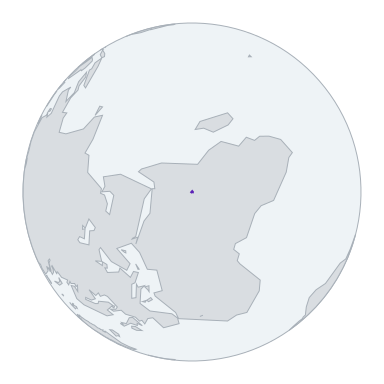 globe centered on Agago, rotated 229°
{"feature_id": "UGA-5608", "entity_name": "Agago", "entity_type": "District", "adm_level": 1, "iso_a3": "UGA", "parent_name": "Uganda", "parent_adm1": "", "projection": "orthographic", "projection_center": [33.347, 2.944], "detail": "fine", "context": "on_globe", "style": "filled", "palette": "violet", "viewbox_px": 384, "rotation_deg": 229, "n_neighbors": 0, "source": "natural_earth", "source_scale": "10m", "svg_char_len": 6814}
<svg xmlns="http://www.w3.org/2000/svg" viewBox="0 0 384 384"><g transform="rotate(229 192 192)"><circle cx="192" cy="192" r="169" fill="#eef3f6" stroke="#a8b0b8"/><path d="M97.8,51.8L91.0,56.8L88.3,58.9L84.1,62.0L84.2,61.9L97.8,51.8ZM23.9,174.6L24.2,180.4L24.3,187.9L24.0,192.2L24.7,193.9L24.8,196.9L30.3,202.9L35.4,211.2L36.8,221.5L35.4,232.7L41.1,257.2L40.6,264.2L45.1,274.0L52.8,287.7L52.5,287.4L46.2,277.4L40.5,266.9L35.7,256.1L31.5,244.9L28.2,233.5L25.7,221.9L24.0,210.1L23.2,198.3L23.1,186.4L23.9,174.6ZM325.7,88.8L324.9,87.7L322.2,84.3L323.4,86.3L319.6,81.6L322.4,86.0L325.7,89.9L326.1,89.5L330.2,96.0L335.7,103.5L340.8,112.4L346.5,127.7L345.5,132.2L346.4,135.2L343.7,131.6L343.7,137.4L351.5,154.9L352.5,160.0L350.7,169.4L350.0,165.6L343.0,156.2L344.2,168.4L349.6,178.8L351.6,191.0L348.5,187.1L346.2,176.4L343.7,172.8L342.6,162.1L337.1,146.5L333.8,149.4L332.3,143.3L324.2,130.9L318.6,135.0L310.8,151.5L312.6,167.5L308.6,174.8L296.8,151.9L291.6,136.8L287.3,138.3L275.2,126.1L254.0,125.9L251.1,122.1L247.1,124.0L238.6,120.4L234.2,114.4L229.0,115.0L240.8,130.8L246.4,130.5L251.2,124.1L253.4,130.0L261.6,135.1L252.3,149.7L221.0,163.4L218.2,151.5L195.3,120.3L196.1,116.8L196.0,116.5L195.8,115.8L193.5,121.4L189.6,115.5L201.6,136.8L203.5,146.3L220.6,164.1L218.9,166.1L224.5,169.8L242.4,164.9L242.5,169.0L233.9,188.0L209.2,214.4L212.6,232.0L211.1,247.1L196.0,257.3L197.7,268.9L189.9,273.1L189.7,279.6L183.7,286.7L173.5,293.4L155.9,293.6L154.5,287.7L145.2,276.2L132.1,248.1L136.3,235.2L134.6,225.2L121.8,203.2L124.6,190.9L121.3,185.8L114.3,187.1L110.5,181.1L106.4,181.0L80.8,185.7L73.3,177.9L65.1,154.4L69.9,144.9L71.3,134.2L105.2,98.8L111.8,100.6L137.7,95.9L140.8,97.1L137.1,104.8L156.1,114.2L163.0,107.6L180.8,112.8L193.1,112.6L198.7,98.2L178.5,98.2L175.7,91.4L192.4,85.5L210.1,86.5L209.5,84.0L198.9,78.3L203.5,73.9L195.3,76.1L198.2,78.6L193.1,80.2L190.1,78.1L191.9,76.5L186.7,75.4L179.7,84.2L181.9,87.7L168.0,89.5L170.4,95.7L166.4,98.7L160.9,89.4L161.9,86.0L151.3,76.8L149.0,80.4L158.9,89.6L155.5,88.9L152.5,94.7L152.2,89.7L142.0,79.7L129.8,82.2L113.3,96.9L106.4,98.4L101.1,95.9L108.2,81.5L122.8,79.9L125.5,75.6L123.4,69.8L128.0,70.0L129.0,67.7L134.6,67.2L143.4,61.7L149.2,61.0L153.5,54.6L157.1,53.6L153.5,57.5L154.2,60.2L168.7,59.7L171.8,58.3L173.4,54.4L177.3,55.1L177.0,51.5L185.8,50.2L174.8,49.0L176.4,45.2L182.2,42.6L180.7,41.3L171.3,45.8L169.4,47.9L170.8,49.9L163.7,56.6L158.5,57.8L158.5,50.7L151.1,52.0L154.3,46.6L177.7,36.5L187.1,35.1L200.7,39.5L198.0,41.4L191.8,40.5L196.8,44.4L196.7,42.5L199.9,43.4L202.3,40.7L204.6,41.2L202.8,38.0L206.0,38.4L207.1,40.4L213.2,37.6L220.0,38.1L220.3,37.3L218.6,36.2L228.3,38.1L228.1,37.4L224.8,36.5L222.2,34.8L221.4,32.6L224.8,33.4L225.5,34.2L232.2,37.5L233.7,40.2L235.0,40.4L234.5,38.3L226.4,34.2L224.9,32.7L229.2,34.4L227.6,33.6L227.9,33.2L231.4,33.6L226.9,31.7L226.0,27.7L232.8,28.7L236.7,30.2L239.7,30.0L247.1,32.3L244.0,31.3L244.0,31.2L255.9,35.6L267.5,40.8L278.6,46.9L289.2,53.8L299.3,61.5L308.8,69.9L317.6,79.0L325.7,88.8ZM92.9,116.3L91.8,119.4L92.9,116.3ZM228.6,95.7L239.3,96.5L234.8,87.8L238.5,87.5L235.6,84.9L234.4,87.2L227.3,80.1L232.1,77.9L230.9,74.5L227.3,74.1L219.7,79.5L229.8,89.3L227.2,92.7L228.6,95.7ZM80.2,65.9L76.3,69.7L78.5,67.3L76.5,69.0L78.9,66.5L87.1,59.8L83.0,63.1L80.2,65.9ZM128.7,57.3L130.3,58.4L127.7,61.0L120.3,63.3L124.0,59.4L128.7,57.3ZM133.2,59.6L135.2,52.8L139.9,51.6L136.9,53.3L139.8,53.2L135.8,56.1L138.3,62.2L136.2,64.9L123.7,66.8L128.9,64.4L127.1,63.2L133.2,59.6ZM132.1,42.0L133.0,40.2L142.0,39.6L140.1,41.4L132.6,43.4L130.4,42.5L132.1,42.0ZM127.7,35.8L125.9,36.5L122.9,37.8L127.7,35.8ZM155.4,27.0L155.6,27.0L157.2,26.7L159.3,26.2L161.3,25.9L163.6,25.5L168.6,24.8L168.0,25.3L170.6,24.8L174.6,24.7L174.7,25.3L171.2,25.3L173.7,26.1L168.9,26.6L169.5,26.7L165.7,27.5L162.1,28.8L160.0,29.0L159.5,29.5L157.0,30.2L155.6,31.0L151.3,31.7L149.3,32.9L148.4,32.6L146.1,34.4L145.9,33.5L142.6,34.7L144.6,35.0L124.8,39.6L116.7,43.0L110.0,46.7L110.6,45.2L117.2,41.2L126.6,36.6L134.3,33.8L133.2,33.9L136.5,32.7L136.0,33.1L138.8,31.9L141.5,31.1L149.8,28.6L152.2,27.8L152.3,27.8L155.4,27.0ZM172.7,24.1L172.9,24.2L170.4,24.6L164.6,25.3L172.7,24.1ZM144.9,94.2L147.3,94.5L151.4,94.1L149.5,98.0L144.9,94.2ZM137.7,87.3L140.0,86.8L139.4,91.6L136.8,91.5L137.7,87.3ZM141.8,82.7L140.2,86.4L139.5,84.4L141.8,82.7ZM155.7,57.0L158.3,56.4L158.3,57.3L156.7,58.8L155.7,57.0ZM181.2,29.6L179.6,29.1L180.5,28.9L180.2,27.4L183.8,27.2L185.4,28.0L181.2,29.6ZM194.9,100.7L191.1,103.4L189.4,102.1L191.0,101.4L194.9,100.7ZM169.0,100.5L174.7,102.3L168.4,101.5L169.0,100.5ZM185.1,29.2L184.5,28.5L186.7,28.8L185.1,29.2ZM186.4,27.1L189.0,27.3L184.2,27.1L186.4,27.1ZM257.0,323.3L257.7,325.2L255.2,325.4L257.0,323.3ZM240.0,244.3L228.4,270.8L220.4,271.0L218.9,263.3L223.2,247.3L232.5,242.7L237.1,235.4L240.0,244.3ZM358.1,220.7L358.2,221.6L358.1,222.4L358.1,220.7ZM358.1,217.8L358.6,218.2L357.8,219.5L358.1,217.8ZM358.7,218.4L359.1,217.0L359.3,215.8L359.0,217.5L358.7,218.4ZM357.7,217.7L353.7,217.0L351.6,214.8L352.5,211.9L355.9,212.9L357.7,217.7ZM352.3,211.8L348.5,203.5L340.4,179.9L343.4,180.3L351.3,194.6L350.8,197.1L353.1,203.6L352.3,211.8ZM359.7,197.4L359.2,204.9L357.4,203.9L356.3,202.6L355.7,192.9L356.1,188.1L357.1,188.4L358.7,172.6L359.8,176.7L359.8,183.4L360.5,190.0L359.7,197.4ZM313.4,169.1L317.3,178.7L314.9,180.3L313.4,169.1ZM357.8,161.6L358.2,168.4L357.3,159.3L357.8,161.6ZM356.2,153.1L357.0,156.6L356.1,153.2L356.2,153.1ZM348.0,139.8L347.0,140.5L346.2,138.1L346.9,135.8L348.0,139.8ZM344.7,120.2L347.7,126.9L348.5,129.2L346.6,125.0L344.7,120.2ZM215.0,29.8L211.4,31.7L211.2,33.6L214.9,35.3L208.2,34.1L208.5,31.0L215.0,29.8ZM224.3,27.7L221.1,26.8L223.5,27.1L224.5,27.3L224.3,27.7ZM221.7,27.2L216.0,26.4L214.8,25.8L219.6,26.5L221.7,27.2ZM200.5,26.8L199.2,27.3L197.5,26.9L200.5,26.8ZM331.4,287.4L329.7,289.6L330.3,287.9L333.7,282.9L341.4,267.6L341.6,268.0L345.9,257.8L350.9,249.2L352.7,244.3L348.5,255.6L343.6,266.6L337.9,277.2L331.4,287.4ZM360.9,193.9L360.8,197.9L360.4,205.5L360.4,206.2L360.1,208.7L360.6,200.1L360.0,208.7L359.8,208.4L360.2,200.9L360.6,192.1L360.8,188.5L360.9,187.9L360.9,189.1L360.7,191.8L360.8,196.5L360.9,193.8L360.9,193.9ZM359.4,169.4L359.4,169.0L359.6,171.1L359.1,166.8L359.4,169.4ZM358.3,161.9L358.5,163.7L357.8,159.4L358.3,161.9ZM358.1,161.6L357.3,157.4L357.5,158.2L358.1,161.6ZM356.9,155.2L355.9,152.0L352.1,138.8L352.2,138.7L355.0,148.2L356.9,155.1L356.9,155.2Z" fill="#d9dde1" stroke="#a8b0b8" stroke-width="1"/><path d="M192.6,191.0L192.6,191.3L192.7,192.0L192.7,192.3L192.8,192.4L192.8,192.5L192.6,192.6L192.5,192.8L192.6,193.0L192.4,193.0L192.3,192.9L192.2,193.0L191.9,193.0L191.7,193.0L191.4,193.0L191.2,192.8L191.1,192.7L191.6,192.6L191.7,192.3L191.7,192.2L191.3,192.1L191.4,191.9L191.5,191.5L191.6,191.3L191.8,191.3L192.0,191.3L192.0,191.1L192.4,191.0L192.5,191.0L192.6,191.0Z" fill="#8b5cf6" stroke="#5b21b6" stroke-width="1.5"/></g></svg>